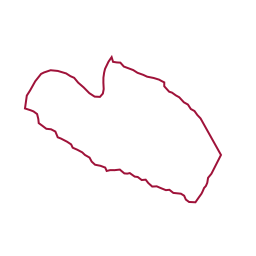 Inajá, Paraná, Brazil, rotated 314°
{"feature_id": "56859067B25034835886105", "entity_name": "Inajá", "entity_type": "district", "adm_level": 2, "iso_a3": "BRA", "parent_name": "Brazil", "parent_adm1": "Paraná", "projection": "mercator", "projection_center": [-52.233, -22.718], "detail": "fine", "context": "isolated", "style": "outline", "palette": "rose", "viewbox_px": 256, "rotation_deg": 314, "n_neighbors": 0, "source": "geoboundaries", "source_scale": "gbopen_adm2", "svg_char_len": 1332}
<svg xmlns="http://www.w3.org/2000/svg" viewBox="0 0 256 256"><g transform="rotate(314 128 128)"><path d="M70.5,40.3L73.1,45.6L74.3,48.5L74.9,52.9L72.2,57.2L69.5,60.4L70.1,64.7L70.7,69.8L73.6,73.5L75.0,78.2L72.5,83.9L73.8,87.0L75.8,93.7L76.7,98.5L75.4,101.9L77.1,106.5L78.7,112.0L78.7,115.7L80.0,120.9L78.6,125.2L78.7,129.8L81.7,134.5L83.7,139.1L82.3,142.5L85.4,144.5L88.2,147.5L92.4,151.0L92.8,156.9L94.7,159.2L96.8,160.6L97.7,166.6L99.5,169.0L100.1,174.0L103.1,176.6L102.5,180.9L102.7,186.1L106.0,189.2L107.0,191.9L108.1,194.7L109.6,198.4L112.3,200.7L112.8,205.7L117.5,211.7L118.3,215.4L116.7,219.3L117.2,223.3L121.4,228.1L127.0,227.2L131.8,226.5L134.3,225.7L137.7,224.4L140.4,224.3L143.6,223.1L147.8,220.2L153.0,219.8L173.2,213.6L185.3,173.5L185.5,168.9L186.4,164.0L185.3,160.0L186.5,154.8L185.3,150.3L185.7,143.5L184.7,139.8L184.0,135.0L182.7,132.4L183.2,125.1L186.0,122.4L185.1,119.5L184.4,116.8L181.8,111.7L178.2,106.1L176.8,102.0L174.3,96.5L173.3,91.5L169.3,82.3L169.7,77.1L167.4,74.4L165.2,71.3L167.6,67.0L162.2,67.9L154.6,70.4L151.2,72.4L147.2,75.3L143.6,78.7L139.1,83.5L135.3,86.0L130.9,86.2L127.4,82.2L126.2,76.0L126.4,67.9L126.0,60.7L126.7,54.4L125.3,50.6L124.3,45.6L120.3,37.9L115.8,32.2L109.6,29.0L106.5,27.9L97.2,28.8L86.9,31.5L81.0,32.7L72.6,38.8L70.5,40.3Z" fill="none" stroke="#9f1239" stroke-width="2"/></g></svg>